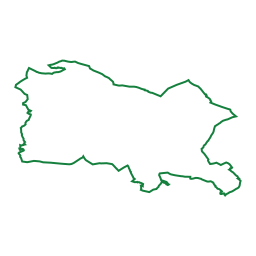 Åmli nor, Aust-Agder, Norway
{"feature_id": "86288312B47311775566626", "entity_name": "Åmli nor", "entity_type": "district", "adm_level": 2, "iso_a3": "NOR", "parent_name": "Norway", "parent_adm1": "Aust-Agder", "projection": "natural_earth1", "projection_center": [8.405, 58.8], "detail": "fine", "context": "isolated", "style": "outline", "palette": "green", "viewbox_px": 256, "rotation_deg": 0, "n_neighbors": 0, "source": "geoboundaries", "source_scale": "gbopen_adm2", "svg_char_len": 5669}
<svg xmlns="http://www.w3.org/2000/svg" viewBox="0 0 256 256"><path d="M240.6,180.9L240.2,180.4L239.9,180.3L239.2,179.5L238.0,178.7L238.9,178.4L237.9,177.4L237.7,176.7L237.4,176.2L236.6,175.9L235.6,175.0L233.1,172.4L231.6,171.5L230.0,170.1L229.3,169.7L230.2,169.2L230.0,168.6L230.3,168.3L230.7,168.1L231.6,168.1L232.1,167.6L229.7,164.4L229.3,164.1L228.0,163.2L226.2,162.5L223.9,163.5L220.8,165.0L219.4,164.2L218.6,163.8L216.4,162.7L215.5,163.0L213.1,163.6L210.5,164.0L209.9,163.9L209.7,163.5L209.8,163.4L209.6,163.3L208.3,161.2L208.0,160.3L208.4,159.5L208.0,159.0L207.9,158.7L206.5,156.9L206.2,156.4L204.4,153.9L202.1,151.5L201.9,151.0L201.6,148.8L202.1,148.5L203.4,147.3L203.7,145.9L203.9,145.6L204.5,145.0L205.3,144.6L206.6,142.5L207.0,142.0L207.6,141.1L208.2,140.8L208.6,140.0L210.3,137.4L211.2,135.5L213.1,132.7L213.6,131.4L214.2,128.6L215.0,126.2L216.0,125.6L216.5,125.2L218.2,124.2L219.1,123.5L220.2,122.9L221.2,121.9L223.1,120.7L226.5,119.6L227.6,119.4L232.5,117.2L236.0,116.4L232.5,113.5L230.8,111.5L230.5,110.9L230.3,109.7L229.8,109.4L228.2,109.0L221.2,106.7L220.5,106.4L215.4,104.6L210.5,102.6L211.2,101.8L211.2,101.3L210.3,100.4L210.3,99.6L209.9,99.1L209.1,98.4L207.3,97.1L206.6,96.9L206.1,96.6L205.9,96.0L206.6,95.5L206.2,94.5L205.6,94.3L204.9,94.2L204.7,94.0L200.6,88.8L199.1,87.4L198.4,86.6L198.1,86.4L197.1,86.1L196.5,85.8L194.2,85.0L191.6,83.5L189.8,82.1L188.5,80.1L185.5,81.7L176.8,84.8L168.1,88.6L160.6,96.3L152.1,92.8L150.8,92.7L148.4,91.8L148.2,91.7L147.9,91.3L147.8,90.9L147.0,90.7L146.7,90.7L145.8,90.4L144.8,90.3L144.5,90.1L144.6,89.6L141.9,89.0L138.6,87.7L136.3,87.0L134.3,86.7L129.7,86.7L122.3,85.4L119.3,85.6L118.3,85.5L113.6,84.4L113.7,84.0L113.3,83.0L113.2,82.5L113.2,82.2L113.0,81.8L112.3,81.1L109.8,79.0L109.1,78.2L107.0,77.1L105.0,76.3L102.3,74.2L99.0,72.7L93.2,70.4L92.7,70.0L90.0,68.5L89.1,66.1L81.0,63.9L78.0,63.0L75.1,61.6L72.7,61.8L71.9,62.0L70.1,61.9L68.0,61.6L64.3,60.7L62.1,60.6L61.4,61.0L59.1,61.7L57.5,62.6L53.8,64.1L52.3,64.6L50.7,64.8L48.7,65.3L51.4,67.9L52.2,68.0L52.8,67.9L53.2,68.0L53.7,68.0L54.6,67.7L54.9,67.8L54.9,68.0L55.0,68.1L56.4,68.2L56.8,68.1L57.4,67.5L58.2,67.4L58.4,67.5L58.4,67.8L59.6,67.7L60.6,68.0L61.2,67.8L61.5,68.0L63.3,68.4L63.8,68.6L64.3,68.4L64.8,69.3L63.8,69.7L60.6,71.5L58.4,72.1L56.9,72.1L54.5,72.5L53.7,72.7L53.1,73.1L52.1,73.9L50.0,73.5L48.2,73.4L45.4,73.6L43.3,73.4L41.8,73.3L38.8,72.7L37.6,72.1L36.5,71.9L35.9,71.4L29.0,68.0L27.7,70.6L27.5,71.3L26.9,72.1L26.5,75.0L26.4,75.5L27.1,77.8L25.2,78.7L22.3,80.4L19.4,82.3L18.9,82.8L16.0,84.8L15.4,87.2L20.7,89.6L24.6,93.9L27.2,95.0L27.7,99.2L25.5,102.0L23.1,103.1L23.1,104.6L25.9,105.2L28.4,109.8L30.9,110.8L30.2,111.6L29.1,111.6L28.3,111.8L27.5,112.9L28.6,113.7L30.8,114.5L30.8,115.0L30.7,115.4L29.2,118.5L28.7,119.9L26.9,120.8L26.1,121.7L25.4,123.0L25.6,124.4L24.1,125.7L21.9,126.6L21.4,127.6L20.8,128.0L21.1,129.5L21.2,131.2L21.2,132.4L21.5,133.0L22.0,134.0L22.1,134.3L21.8,135.0L22.4,136.7L23.6,138.7L23.5,139.8L23.7,140.5L24.9,141.9L24.5,142.1L24.5,142.7L24.3,143.0L24.3,143.5L24.0,143.8L24.7,143.9L24.8,144.1L24.8,144.3L25.0,144.5L24.5,144.6L23.7,144.7L23.5,145.0L23.2,145.1L21.9,145.3L21.6,145.5L21.0,145.4L20.2,145.1L20.4,148.4L19.5,148.5L19.8,149.0L19.8,149.4L19.7,149.6L20.0,149.9L20.3,149.8L20.6,149.3L21.0,149.2L21.6,149.2L22.1,148.9L22.6,148.9L23.2,149.2L23.2,149.4L23.6,149.7L23.8,150.3L23.7,150.4L23.6,150.6L19.4,152.4L18.6,153.2L18.7,153.5L19.9,154.8L20.4,155.7L20.2,156.3L20.2,156.9L20.8,157.6L21.1,158.1L22.2,161.5L27.2,162.2L33.9,160.9L39.7,161.4L43.1,162.3L50.7,162.7L61.2,163.7L69.3,164.3L71.5,164.0L73.7,163.0L79.2,159.4L80.3,158.6L82.4,157.6L82.7,157.3L83.3,156.3L84.1,157.8L85.4,159.6L85.8,160.1L92.7,164.4L99.6,163.2L101.0,163.4L106.6,163.2L112.1,164.1L113.1,165.0L115.9,168.0L116.1,168.3L116.8,168.9L118.6,170.8L123.8,167.5L127.6,165.5L128.3,166.4L128.8,167.7L128.9,168.2L129.6,169.4L129.9,170.2L129.9,170.7L130.8,171.8L130.6,172.0L131.2,173.5L132.5,175.9L132.5,176.0L133.0,176.7L133.3,177.8L134.7,179.0L132.1,181.3L134.4,182.1L136.6,182.1L137.2,181.9L137.6,182.4L138.3,182.2L139.1,182.2L139.4,182.3L139.8,182.7L141.0,182.9L141.6,183.4L142.0,183.4L143.1,184.0L143.0,184.7L142.8,184.8L142.7,185.2L142.6,185.3L142.5,185.6L142.6,186.0L141.9,185.7L141.7,185.5L140.9,185.6L141.0,185.9L141.0,186.2L141.2,186.6L141.2,187.1L141.1,187.3L141.3,188.0L141.3,188.3L141.0,188.9L141.3,189.5L141.0,189.9L142.6,190.6L149.3,192.1L153.3,189.6L156.4,189.0L156.5,188.7L157.1,188.2L157.8,187.4L158.5,186.9L158.7,186.1L158.9,185.7L160.8,183.7L161.2,183.0L161.7,182.1L162.0,182.0L162.5,182.1L163.9,182.7L164.5,182.8L165.0,183.0L165.9,183.7L166.2,184.1L166.3,184.3L166.8,184.5L167.3,184.8L167.6,184.8L167.8,185.0L168.6,184.7L168.8,184.5L168.4,184.4L168.1,184.3L167.2,183.7L167.3,183.2L167.5,183.1L166.8,182.2L166.4,181.9L162.3,180.5L161.2,180.3L161.1,179.7L160.8,179.2L160.7,178.5L160.0,177.0L159.8,176.4L159.2,175.4L159.2,174.8L159.5,173.8L159.6,173.6L159.8,173.4L160.0,173.4L167.7,172.6L169.8,173.9L171.0,174.4L175.2,175.3L181.1,176.2L182.7,176.3L184.8,176.7L190.3,176.8L190.2,178.0L190.3,178.6L190.9,178.8L191.7,178.8L193.0,178.6L195.6,177.9L197.9,178.0L200.4,178.7L201.1,178.8L201.6,179.3L207.1,181.5L208.3,181.6L210.6,181.3L211.5,181.6L212.7,182.4L213.1,182.5L213.3,182.6L213.6,183.5L214.5,185.0L215.5,185.8L215.3,186.6L216.7,187.6L217.4,188.6L217.7,188.8L218.7,188.9L219.5,189.3L221.9,191.3L222.0,191.5L220.5,192.3L220.5,192.6L220.3,193.2L220.4,193.3L220.5,193.9L220.9,194.0L221.5,194.0L223.9,193.3L224.4,193.6L224.4,194.4L224.5,194.7L225.1,195.4L225.5,194.9L227.3,193.6L228.3,193.2L229.5,192.3L231.9,191.5L233.8,190.4L236.1,188.9L237.4,188.3L238.7,187.4L239.6,185.7L240.1,182.5L240.6,180.9Z" fill="none" stroke="#15803d" stroke-width="2"/></svg>